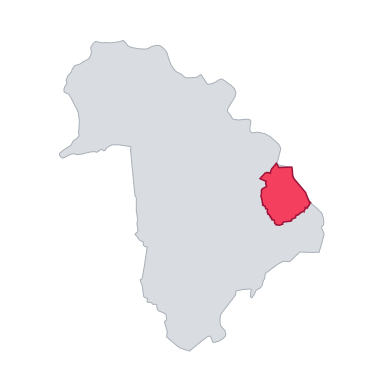 Soum, Soum, Burkina Faso (highlighted), rotated 85°
{"feature_id": "67063806B70466570504467", "entity_name": "Soum", "entity_type": "district", "adm_level": 2, "iso_a3": "BFA", "parent_name": "Burkina Faso", "parent_adm1": "Soum", "projection": "robinson", "projection_center": [-1.051, 14.286], "detail": "fine", "context": "in_parent", "style": "filled", "palette": "rose", "viewbox_px": 384, "rotation_deg": 85, "n_neighbors": 0, "source": "geoboundaries", "source_scale": "gbopen_adm2", "svg_char_len": 7264}
<svg xmlns="http://www.w3.org/2000/svg" viewBox="0 0 384 384"><g transform="rotate(85 192 192)"><path d="M290.9,249.3L280.6,249.8L276.8,251.0L274.6,251.1L274.5,250.0L274.2,249.4L261.2,245.8L252.1,243.7L242.9,241.4L242.3,243.6L241.0,245.0L239.0,245.1L237.6,244.8L236.7,246.5L235.2,248.7L233.0,249.8L230.9,251.1L229.7,252.3L228.9,252.4L226.8,249.5L224.0,249.2L218.7,249.7L216.4,248.9L213.1,248.6L205.5,249.1L193.3,248.0L191.4,248.6L190.8,249.1L178.8,249.3L165.5,249.4L154.4,249.5L144.7,249.6L144.7,249.2L141.6,249.1L141.2,250.0L138.5,261.4L138.1,267.6L139.6,271.4L141.2,273.9L143.1,274.9L143.3,276.3L141.8,278.0L141.9,279.9L143.6,281.8L144.1,283.7L143.2,285.8L143.4,290.8L144.7,298.7L144.7,303.8L143.5,306.2L144.1,310.2L146.4,315.8L146.9,318.2L146.0,319.3L144.0,320.8L142.0,320.7L139.7,317.3L138.6,315.8L136.8,312.3L135.1,308.8L133.0,307.3L130.8,305.9L128.2,301.5L125.7,299.3L123.1,300.0L119.2,299.1L111.4,298.0L103.0,298.4L99.5,299.4L96.1,301.0L87.3,304.5L83.9,306.3L81.3,310.7L78.3,310.6L75.4,309.2L73.5,307.2L69.5,307.6L65.7,305.7L62.0,301.8L59.2,300.6L55.8,297.8L54.8,292.5L52.6,288.7L50.6,283.6L47.6,281.3L44.1,280.0L39.3,280.3L36.1,278.2L33.7,275.2L34.3,272.6L35.5,268.8L35.6,265.2L36.4,259.4L36.0,252.2L35.1,247.1L37.8,245.0L40.8,243.1L42.8,239.6L44.8,231.9L45.6,225.2L45.0,222.7L44.0,220.8L43.2,217.9L42.8,214.4L43.3,211.3L45.7,208.5L48.6,206.1L50.7,204.9L56.1,203.8L63.0,202.0L66.9,200.0L69.8,198.0L71.4,196.4L73.1,193.1L75.7,190.6L77.8,188.1L78.1,181.0L78.1,176.9L76.6,174.7L75.8,172.8L85.9,167.3L86.0,163.4L84.6,159.0L82.6,155.5L81.9,152.5L84.7,148.9L87.2,146.2L89.0,143.9L93.0,140.5L97.2,139.6L100.9,140.9L112.0,149.0L113.9,149.6L116.2,148.9L119.1,146.8L122.9,145.1L124.3,139.6L124.2,131.6L125.1,127.9L127.1,127.2L133.5,128.8L135.1,128.9L137.0,128.3L138.3,126.9L138.3,124.3L138.0,122.0L140.1,114.6L143.9,109.0L151.5,101.9L153.9,100.5L156.7,99.8L170.4,104.6L172.7,103.4L176.0,91.5L179.7,90.4L184.2,90.2L187.1,89.1L188.6,88.3L195.1,83.8L206.6,77.6L212.8,75.0L214.1,74.0L218.5,69.6L224.4,64.6L228.1,63.6L233.3,63.2L236.6,64.0L237.4,65.4L238.5,66.2L245.3,64.0L255.0,67.4L263.3,70.8L262.8,72.9L262.8,76.6L262.1,82.6L261.2,89.7L264.7,94.3L268.8,99.2L270.0,101.1L268.9,106.0L269.6,108.8L271.8,113.6L275.6,119.6L279.4,125.8L282.0,126.7L284.6,127.1L286.1,128.3L288.3,129.3L290.6,130.0L292.5,131.4L293.8,132.7L295.4,136.6L299.7,139.1L302.7,141.6L301.5,142.9L297.7,142.4L294.2,141.3L293.7,143.1L293.6,150.1L294.2,156.0L295.0,156.8L298.6,157.8L307.0,165.4L314.7,172.6L317.3,174.5L321.5,175.2L326.3,175.5L328.3,174.8L332.9,171.2L335.4,170.8L337.6,170.9L338.8,171.5L341.1,174.5L343.1,178.9L343.7,182.2L343.6,184.0L342.9,184.6L339.1,185.5L337.5,186.2L337.0,187.1L337.6,189.4L338.4,190.8L342.5,197.2L348.5,205.9L350.3,208.1L349.3,210.7L346.3,217.5L344.0,220.3L334.1,230.0L329.1,228.8L318.8,230.8L317.3,228.6L314.9,228.3L311.9,228.6L310.8,229.5L310.5,230.4L309.4,231.8L307.5,235.6L306.1,236.5L304.2,237.1L302.0,237.0L300.7,237.5L300.7,239.4L300.3,241.1L298.8,241.9L298.1,243.7L298.2,245.5L297.4,246.4L295.4,245.9L294.3,245.4L293.2,247.8L291.9,249.3L290.9,249.3Z" fill="#d9dde1" stroke="#a8b0b8" stroke-width="1"/><path d="M184.6,123.1L184.7,122.9L184.8,122.8L184.8,122.6L185.0,122.2L185.3,122.0L185.3,121.9L185.8,121.1L186.1,120.5L186.7,119.5L187.1,118.7L187.4,118.1L187.6,117.7L187.8,117.5L187.8,117.4L188.0,117.5L188.3,117.6L188.8,117.7L189.7,117.8L190.0,117.9L191.7,117.5L192.3,117.4L192.9,117.3L193.0,117.3L193.3,117.9L193.5,118.3L193.8,118.9L194.1,119.7L194.7,121.2L195.0,121.6L195.2,121.9L195.7,122.3L195.9,122.5L196.3,122.7L196.6,122.7L197.4,122.8L198.1,122.8L199.0,122.9L199.4,123.0L199.9,123.1L200.5,123.1L202.1,123.7L202.3,123.7L202.5,123.8L202.7,123.7L203.4,123.4L204.8,123.1L205.1,123.0L205.4,123.1L205.6,123.2L206.0,123.0L206.2,122.9L206.3,122.8L206.5,122.8L206.8,122.8L207.3,122.9L207.7,123.0L208.2,122.9L208.7,122.9L209.2,122.7L209.3,122.7L209.5,122.5L209.6,122.3L209.9,122.2L210.0,122.2L210.2,122.3L210.4,122.6L210.6,122.8L210.8,122.9L211.1,122.8L211.3,122.7L211.5,122.5L211.7,122.3L211.8,121.9L212.2,121.1L212.3,120.9L213.0,120.4L213.3,120.2L213.5,120.1L213.9,120.2L214.0,120.3L214.5,120.1L214.8,120.1L215.1,120.1L215.3,119.9L215.3,119.6L215.3,119.4L215.3,119.1L215.5,118.7L215.8,118.4L216.0,118.3L216.3,118.3L216.6,118.3L217.1,118.5L217.3,118.6L217.7,118.7L218.0,118.8L218.4,118.9L218.5,118.9L218.9,118.7L219.1,118.7L219.3,118.5L219.5,118.5L219.6,118.4L219.8,118.3L219.9,118.2L219.9,118.3L220.1,118.3L220.3,118.4L220.6,118.3L220.6,118.1L220.9,118.0L220.9,117.9L221.0,117.7L220.9,117.5L221.0,117.4L221.4,117.2L221.6,116.9L221.8,116.7L222.0,116.5L222.3,116.6L222.6,116.6L222.8,116.4L223.0,116.2L223.3,115.7L223.7,115.7L223.9,115.7L223.9,115.8L224.1,115.9L224.1,116.0L224.3,116.1L224.4,115.8L224.5,115.5L224.6,115.3L224.8,115.1L225.3,115.0L225.4,114.9L225.7,114.9L225.9,115.0L226.1,115.1L226.3,115.0L226.7,114.8L226.8,114.6L226.9,114.4L226.8,114.0L226.8,113.6L226.8,113.4L226.8,113.2L227.1,113.0L227.1,112.9L227.3,112.6L227.5,112.5L227.6,112.4L227.9,112.4L228.2,112.4L228.6,112.4L230.1,112.4L230.4,112.3L230.5,112.2L230.7,111.9L230.9,111.8L231.0,111.6L231.3,111.6L231.6,111.3L231.8,111.1L232.2,110.9L232.2,110.7L232.2,110.3L232.2,110.2L232.1,109.9L232.0,109.7L232.1,109.4L232.3,109.3L232.3,109.1L232.4,108.9L232.5,108.7L232.6,108.4L232.7,108.2L232.7,107.7L232.7,107.3L232.4,106.6L232.3,106.1L232.0,104.8L232.0,104.5L231.4,104.5L231.0,104.4L230.7,104.3L230.4,104.0L230.2,103.6L230.0,103.2L229.8,102.4L229.7,102.0L229.7,101.6L229.8,100.8L229.6,96.2L229.6,95.8L229.5,95.7L229.3,95.5L229.2,95.4L229.1,95.6L228.8,95.6L228.7,95.5L228.7,95.4L228.3,95.4L228.0,94.9L227.8,94.8L227.6,94.6L227.4,94.2L227.4,93.7L227.0,92.5L226.7,91.6L226.7,91.2L226.5,90.9L226.4,90.9L226.2,91.0L225.3,90.8L225.2,90.9L224.9,90.7L224.5,90.4L224.4,90.4L224.3,90.2L224.2,90.2L224.2,89.9L224.1,89.7L224.2,89.2L224.2,88.8L224.2,88.7L224.2,88.4L224.1,88.2L223.8,88.0L223.8,87.9L223.7,87.7L223.4,87.4L223.2,87.3L223.1,87.2L223.0,86.8L223.0,86.6L222.5,86.2L222.3,86.0L222.2,85.4L221.9,85.2L221.7,84.7L221.7,84.4L221.5,84.1L221.4,83.9L221.4,83.5L221.3,83.4L221.2,83.0L221.0,82.7L221.0,82.3L221.1,82.2L220.8,82.2L220.7,82.0L220.5,81.9L220.4,81.8L220.3,81.7L220.2,81.6L219.9,81.5L219.7,81.4L219.1,81.1L218.9,80.9L218.8,80.6L218.7,80.6L218.4,80.4L218.2,80.3L217.9,80.5L217.6,80.5L217.7,80.4L217.8,80.1L217.8,79.9L217.9,79.7L218.0,79.4L217.9,79.1L218.0,78.9L218.0,78.7L218.0,78.4L217.9,78.4L217.7,78.3L217.4,78.3L217.4,78.2L216.6,78.1L216.5,77.9L216.5,77.6L216.3,77.5L216.1,77.4L215.9,77.2L215.6,76.7L215.1,76.2L214.9,76.1L214.8,76.3L214.6,76.2L214.5,75.9L214.3,75.8L214.0,75.7L213.9,75.7L213.7,75.8L213.5,75.7L213.3,75.7L213.0,74.8L211.3,76.3L208.8,77.1L205.0,78.2L202.3,78.9L187.9,89.2L184.6,90.3L182.1,90.2L180.5,90.2L179.4,90.2L178.9,90.1L175.9,90.4L175.2,103.4L170.7,105.5L170.9,105.7L171.0,105.6L171.2,105.8L171.3,105.9L171.4,106.0L172.9,107.6L174.0,108.7L174.9,109.6L176.0,110.7L178.5,112.0L180.1,112.2L180.2,112.3L180.2,113.0L179.9,113.3L179.8,113.5L179.6,113.7L179.5,113.9L179.3,114.2L179.3,114.4L179.2,114.6L179.2,114.8L179.3,115.1L179.2,115.3L179.1,115.6L179.1,115.8L179.1,116.0L179.2,116.3L179.3,116.7L179.5,117.5L179.8,117.9L180.0,118.1L180.2,118.3L180.5,118.6L182.0,120.3L183.2,121.7L183.9,122.4L184.3,122.8L184.6,123.1Z" fill="#f43f5e" stroke="#9f1239" stroke-width="1.5"/></g></svg>